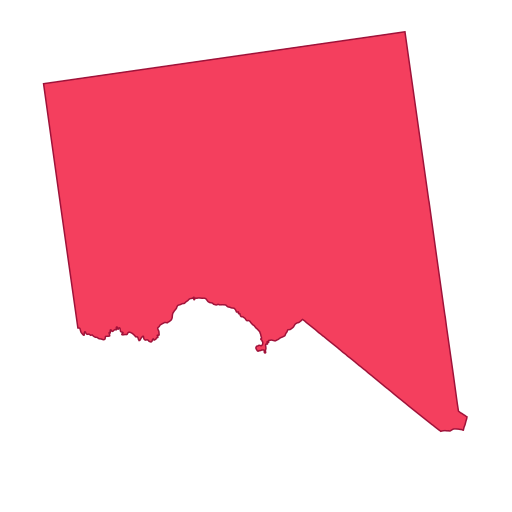 the district of San Andrés, Petén, Guatemala, rotated 352°
{"feature_id": "79465075B48357778365605", "entity_name": "San Andrés", "entity_type": "district", "adm_level": 2, "iso_a3": "GTM", "parent_name": "Guatemala", "parent_adm1": "Petén", "projection": "equal_earth", "projection_center": [-90.564, 17.38], "detail": "fine", "context": "isolated", "style": "filled", "palette": "rose", "viewbox_px": 512, "rotation_deg": 352, "n_neighbors": 0, "source": "geoboundaries", "source_scale": "gbopen_adm2", "svg_char_len": 6058}
<svg xmlns="http://www.w3.org/2000/svg" viewBox="0 0 512 512"><g transform="rotate(352 256 256)"><path d="M442.5,444.6L442.2,444.5L440.4,442.7L439.3,441.9L438.6,441.1L438.2,440.9L437.7,440.3L436.9,439.9L434.9,437.8L434.8,429.7L434.9,401.3L434.8,352.4L434.9,342.8L434.8,339.8L434.8,278.3L434.9,226.3L434.8,224.9L434.7,54.7L69.6,55.8L69.5,183.7L69.6,302.5L71.0,302.8L71.3,303.0L71.5,303.2L71.6,303.5L71.9,306.1L72.2,307.4L73.3,309.2L73.9,310.1L74.4,310.5L74.7,310.5L74.8,310.3L74.9,310.0L75.2,308.4L75.5,307.7L75.8,307.3L76.4,307.4L76.6,307.7L76.7,308.5L76.8,308.8L77.3,309.6L77.7,309.9L78.3,310.1L79.7,310.1L80.0,310.3L81.2,311.5L82.6,311.4L82.8,311.4L83.3,312.0L83.9,312.8L85.6,314.1L87.0,314.4L87.5,314.6L88.4,315.6L89.1,316.1L90.2,316.4L90.8,316.5L92.6,317.4L93.3,317.7L94.3,317.6L94.8,317.3L95.1,316.8L95.6,315.0L96.0,314.7L96.3,314.7L98.9,314.9L99.9,314.8L100.0,314.6L100.1,314.1L100.0,313.4L99.8,312.4L99.9,311.5L100.2,311.3L100.5,311.4L101.0,311.7L101.3,309.5L101.4,309.1L101.6,308.9L102.1,309.0L102.9,310.6L103.1,310.7L104.0,310.5L104.8,309.9L105.8,309.3L106.2,309.2L106.6,309.4L106.8,309.6L107.1,309.7L107.4,309.6L107.5,309.3L107.7,307.3L107.8,307.1L108.1,306.9L108.4,306.9L108.6,307.1L108.8,307.5L108.9,308.9L109.0,309.2L109.3,309.3L109.6,309.2L109.9,308.4L110.4,308.1L110.8,308.1L111.1,308.4L111.3,309.0L111.3,310.4L111.4,311.8L111.9,312.4L112.2,312.6L113.0,312.8L113.5,313.2L113.6,313.5L113.4,314.0L112.5,314.4L112.3,314.7L112.2,315.0L112.3,315.2L112.5,315.4L113.0,315.5L113.9,315.6L115.2,315.5L116.8,315.8L117.4,315.7L117.7,315.3L118.2,314.6L118.6,314.2L119.3,313.8L120.2,313.8L121.5,314.5L122.8,315.5L124.5,317.5L125.0,318.2L125.4,319.0L125.7,319.3L125.9,319.4L126.9,319.4L127.2,319.6L127.5,319.9L127.9,321.3L128.0,322.3L128.5,323.5L129.3,323.3L130.2,322.1L131.2,320.9L132.0,320.2L132.8,319.7L133.0,319.7L133.3,319.9L133.4,322.0L133.5,322.4L133.8,323.0L134.4,323.7L134.8,323.9L136.1,323.8L136.7,323.9L137.2,324.2L137.7,324.7L138.2,325.6L139.6,326.4L140.1,326.5L140.5,326.4L141.2,325.8L141.4,325.5L141.6,324.8L142.4,323.9L142.8,323.8L143.0,324.1L143.0,324.6L143.2,325.0L143.4,325.1L144.9,324.6L145.3,324.4L145.5,324.1L145.9,323.5L146.2,323.3L146.4,323.2L147.2,323.1L147.5,322.9L147.6,322.4L147.5,322.0L147.2,321.6L147.1,321.2L147.2,320.8L147.4,320.7L148.3,320.9L148.8,320.9L149.1,320.6L149.3,318.0L149.3,316.9L149.0,316.0L148.6,314.8L148.6,314.2L148.6,313.7L149.0,313.2L150.3,312.4L151.1,311.4L151.6,310.9L154.1,309.9L156.5,309.1L158.1,309.6L158.9,309.8L159.0,309.8L159.2,309.7L159.8,309.2L160.5,309.0L161.4,308.7L162.0,308.2L163.2,307.5L163.9,306.5L164.4,305.4L165.1,302.5L165.7,301.1L167.4,299.1L169.8,296.9L170.1,296.4L170.7,295.2L171.3,294.4L171.7,294.1L172.1,293.9L174.3,293.6L176.4,292.9L178.1,293.0L178.6,292.9L180.2,291.7L182.4,290.6L183.4,289.7L184.6,289.1L187.3,289.0L188.2,288.4L188.6,288.2L188.8,288.3L188.7,288.6L188.4,289.5L188.3,290.0L188.6,290.7L188.8,290.7L189.0,290.6L189.2,290.4L189.7,289.4L190.0,289.3L191.6,289.6L193.1,289.5L194.3,289.7L196.6,290.3L199.0,290.6L199.5,290.8L200.2,291.2L200.8,292.0L201.8,293.9L202.3,294.6L202.9,295.1L203.7,295.7L205.1,296.1L206.1,296.5L206.6,296.9L207.2,297.8L209.6,298.9L210.3,299.0L210.7,298.8L211.6,298.6L212.0,298.7L213.2,299.3L216.1,299.6L218.6,300.1L218.9,300.2L219.5,300.6L220.3,301.7L221.2,302.5L223.2,303.2L223.7,303.6L224.8,304.1L226.2,304.4L227.0,304.7L227.3,305.0L228.1,306.2L228.5,307.2L228.8,308.5L229.0,308.7L229.3,308.9L229.6,308.9L230.5,308.8L230.8,309.1L230.9,309.4L230.7,309.9L230.6,310.2L230.7,310.5L230.9,310.8L231.2,310.9L231.7,310.9L232.0,311.0L232.1,311.3L232.1,312.2L232.2,312.6L232.4,313.3L232.8,313.9L233.2,314.1L234.0,314.2L234.5,314.4L235.9,315.7L236.6,316.4L237.0,317.6L238.0,318.8L238.3,318.9L239.2,318.8L239.7,318.9L240.8,319.7L241.0,320.0L241.5,321.1L243.1,323.5L243.4,323.8L243.7,324.0L244.4,324.6L245.9,327.2L247.0,328.4L248.8,331.0L249.2,331.7L249.4,333.1L249.7,334.0L249.7,334.6L249.8,335.8L250.1,337.9L250.0,338.3L249.5,338.6L249.2,338.8L249.2,339.2L249.3,339.5L249.9,340.0L250.0,340.2L250.2,340.5L250.2,341.2L250.7,342.1L250.6,342.7L250.6,343.2L250.4,343.8L250.1,344.6L249.7,345.0L249.1,345.4L248.7,345.6L248.4,345.6L247.5,345.1L246.9,344.9L246.2,344.9L245.9,345.0L245.3,345.4L244.3,345.4L244.0,345.5L243.8,345.7L243.4,346.3L243.2,346.6L243.1,347.4L243.2,347.9L244.1,350.0L244.5,350.4L244.7,350.5L245.3,350.5L245.5,350.5L245.6,350.2L245.8,350.1L247.3,350.3L248.0,350.1L248.3,349.9L248.7,349.9L250.2,350.1L250.6,350.2L250.8,350.3L251.1,350.7L251.1,351.0L250.8,352.1L250.8,352.4L250.9,352.8L251.2,353.2L251.5,353.3L251.9,353.2L252.2,352.8L252.2,352.6L252.1,351.4L252.1,351.1L252.8,349.4L252.9,349.1L253.0,348.5L253.1,345.6L253.2,345.3L253.3,344.9L253.5,344.7L253.8,344.6L254.7,344.8L255.0,344.8L255.2,344.6L255.3,344.5L255.3,344.1L255.0,343.6L254.9,343.2L254.9,342.8L255.0,342.6L255.2,342.4L255.6,342.3L255.9,342.6L256.1,343.2L256.4,343.2L256.6,343.1L256.7,341.7L256.9,341.4L257.1,341.4L258.6,341.4L259.2,341.3L259.7,341.4L261.7,342.2L263.0,342.7L263.5,342.7L265.3,342.0L266.4,341.7L268.2,340.7L269.1,340.3L270.9,339.9L273.2,339.1L273.4,339.0L273.7,338.7L274.7,336.9L276.1,335.5L276.9,334.0L277.3,333.5L277.5,333.5L278.3,333.5L279.4,333.6L280.6,333.1L282.5,332.0L283.4,331.3L283.9,330.6L285.1,329.1L286.1,328.5L287.1,328.1L287.8,327.9L288.7,327.9L289.4,327.7L291.5,326.5L292.7,325.6L293.3,325.3L295.1,327.0L296.6,328.9L299.3,331.7L303.5,336.1L304.4,337.0L307.4,340.6L309.1,342.2L311.3,344.7L311.7,344.9L315.0,348.6L324.0,358.1L325.6,360.0L325.8,360.1L328.8,363.6L331.2,365.9L332.7,367.8L337.2,372.4L343.1,379.0L344.0,379.8L347.4,383.5L348.2,384.2L350.9,387.4L353.3,389.9L365.8,403.6L370.4,408.4L373.1,411.5L377.9,416.7L380.4,419.3L382.2,421.3L383.0,422.1L386.7,426.2L406.5,447.1L407.1,447.7L407.3,447.8L409.5,450.2L413.4,454.2L414.3,454.9L414.5,455.3L416.7,455.1L418.8,455.2L421.1,455.8L422.2,455.8L422.4,456.0L423.8,456.3L426.8,455.0L427.8,454.8L429.5,455.0L432.4,455.6L434.4,456.3L434.9,456.2L436.4,457.1L437.1,457.3L438.1,454.7L439.5,452.2L441.2,448.1L441.9,446.7L442.4,445.2L442.5,444.6Z" fill="#f43f5e" stroke="#9f1239" stroke-width="1.5"/></g></svg>